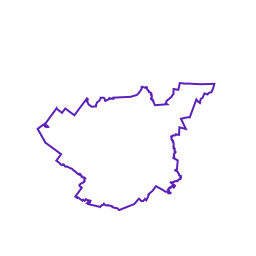 Aldama, Chihuahua, Mexico (Robinson projection), rotated 306°
{"feature_id": "50627088B67043530022751", "entity_name": "Aldama", "entity_type": "district", "adm_level": 2, "iso_a3": "MEX", "parent_name": "Mexico", "parent_adm1": "Chihuahua", "projection": "robinson", "projection_center": [-105.535, 29.114], "detail": "fine", "context": "isolated", "style": "outline", "palette": "violet", "viewbox_px": 256, "rotation_deg": 306, "n_neighbors": 0, "source": "geoboundaries", "source_scale": "gbopen_adm2", "svg_char_len": 5600}
<svg xmlns="http://www.w3.org/2000/svg" viewBox="0 0 256 256"><g transform="rotate(306 128 128)"><path d="M197.1,147.7L195.9,145.2L194.7,143.5L189.1,146.0L188.4,146.2L186.4,142.0L186.3,141.9L185.3,142.7L182.0,144.9L180.9,144.7L179.4,144.7L178.7,145.0L177.4,144.4L175.7,144.2L172.8,143.3L172.1,143.6L170.2,144.0L170.2,145.7L162.3,136.4L164.2,133.0L164.5,132.8L164.4,132.6L165.2,131.9L165.4,131.5L165.5,131.2L165.4,130.9L165.3,130.3L165.2,130.2L164.9,130.2L165.0,129.5L165.4,129.3L166.4,129.1L166.8,129.3L167.0,129.2L167.4,128.8L167.8,128.2L168.0,128.1L168.5,127.9L168.3,127.6L168.3,127.0L168.4,126.9L168.6,126.7L169.1,126.8L169.5,126.4L169.9,126.3L169.8,124.6L169.7,124.4L169.5,123.9L170.0,123.7L170.2,123.2L170.1,122.7L170.2,122.4L170.1,122.2L170.4,121.6L170.4,121.1L171.0,120.4L171.9,119.6L172.0,118.9L171.7,118.5L170.8,118.5L170.6,118.3L170.2,116.7L169.7,115.7L169.4,115.5L169.3,115.4L169.4,115.1L169.0,115.1L168.8,115.0L167.5,116.1L161.4,116.1L159.5,115.5L154.6,111.6L144.0,98.4L143.2,99.1L142.8,98.9L142.4,97.5L141.6,97.1L141.1,96.5L141.3,96.2L141.5,95.6L141.3,95.5L141.0,95.8L140.8,95.8L140.6,95.4L140.3,95.6L139.8,95.3L139.1,95.2L138.6,94.9L138.4,94.7L138.2,94.7L137.5,94.1L136.9,94.0L136.6,93.8L136.5,93.5L136.8,93.1L137.9,91.9L138.1,91.4L138.1,91.0L138.2,90.6L136.4,88.1L136.0,88.4L133.2,88.8L132.9,88.7L131.1,88.0L130.7,87.9L127.6,88.6L126.7,89.4L124.0,86.4L123.9,85.8L124.0,84.6L123.8,83.2L123.8,82.4L124.1,81.8L124.6,81.1L124.7,80.7L125.0,80.4L125.2,79.7L125.3,79.2L126.1,79.0L126.4,78.9L126.6,78.9L126.9,79.0L127.1,78.9L127.2,78.7L127.4,78.6L127.9,78.1L127.9,77.9L127.9,77.4L106.8,77.1L106.9,65.8L101.5,65.7L101.6,58.8L101.8,58.6L84.2,58.6L83.0,58.2L82.6,58.8L82.1,59.8L82.3,61.1L82.2,61.6L82.0,62.0L82.1,62.3L82.0,62.9L81.8,62.8L81.7,62.2L81.3,62.0L81.3,61.8L81.1,60.9L81.0,60.7L80.8,60.8L80.7,60.5L80.5,60.4L80.5,59.8L80.8,59.1L81.1,57.9L81.1,57.6L74.2,55.4L67.5,70.0L67.6,71.8L67.5,89.3L59.5,89.2L59.4,93.4L58.9,94.9L59.5,96.9L60.4,96.8L60.7,97.4L59.9,100.1L61.1,101.5L61.5,104.6L62.1,106.7L61.7,108.7L61.8,110.5L61.6,112.3L61.7,112.7L61.5,113.0L61.5,114.7L61.5,114.9L61.7,115.1L62.1,115.4L62.1,115.6L62.5,115.8L63.1,116.2L63.3,116.2L63.1,116.3L62.9,116.3L62.2,117.0L62.0,117.9L61.9,117.8L62.0,118.5L61.7,119.0L61.3,119.1L61.3,119.3L61.4,119.9L61.5,120.7L61.9,121.0L61.9,121.3L62.0,121.4L62.2,121.7L62.0,122.3L62.2,122.6L62.1,123.0L61.9,122.9L61.2,123.0L60.6,122.9L60.0,123.2L59.8,123.4L59.8,123.7L59.6,124.1L59.0,124.0L58.6,124.2L58.1,123.9L57.8,124.0L57.1,123.4L56.4,123.1L56.1,123.1L55.3,122.5L53.4,122.2L52.8,122.6L52.6,122.9L52.5,124.7L52.5,125.7L41.5,125.7L41.6,128.1L42.4,128.1L42.4,133.9L43.6,133.9L43.6,135.7L45.6,135.7L45.6,137.6L45.9,137.6L47.1,140.4L46.8,140.5L46.5,140.5L45.1,140.1L44.6,139.8L44.5,139.5L44.1,139.3L43.2,139.2L43.5,139.8L44.3,140.6L44.5,140.9L43.2,140.9L43.9,142.9L44.4,143.7L47.7,151.7L47.7,151.9L47.9,151.9L48.1,151.8L48.6,152.0L50.1,152.2L51.0,152.8L51.4,153.0L52.5,153.0L52.4,153.2L52.1,153.9L52.4,154.4L52.5,155.1L52.4,155.2L52.4,155.4L52.7,156.1L53.1,156.6L53.7,157.5L53.9,157.4L55.4,161.4L54.7,162.0L55.0,162.4L55.8,164.7L56.8,166.6L56.4,169.1L70.2,177.8L74.0,178.1L77.2,178.3L77.3,178.8L76.7,181.8L76.9,181.9L77.9,183.2L78.3,183.1L80.4,183.8L80.6,183.7L80.3,185.3L86.1,184.2L86.3,183.5L91.6,184.8L97.4,184.8L97.6,186.3L97.6,186.8L98.3,191.9L98.5,195.8L99.0,196.3L99.4,196.9L99.3,197.5L99.1,198.0L99.0,199.0L99.5,199.1L99.5,199.7L100.1,199.7L100.1,200.5L100.4,200.6L100.6,200.6L100.6,197.7L101.7,197.7L101.7,196.5L104.0,196.5L104.0,197.2L105.1,197.2L105.1,197.7L106.8,197.7L106.8,199.1L107.4,199.1L107.4,198.1L107.9,198.1L107.9,198.6L108.5,198.6L108.5,199.1L107.9,199.1L107.9,199.6L106.8,199.6L106.8,200.1L109.0,200.0L109.0,193.8L109.3,194.4L109.4,194.9L109.8,195.3L109.8,195.6L110.0,195.8L111.4,197.0L111.5,197.0L111.7,196.8L112.0,196.8L113.2,198.0L113.5,198.1L113.8,199.0L114.2,199.0L114.4,199.3L114.6,199.3L115.1,199.7L114.9,199.4L115.0,199.2L115.3,199.1L115.5,199.1L116.1,199.5L116.5,199.6L117.1,199.9L117.4,200.4L117.5,200.4L117.7,200.1L118.0,200.2L118.2,200.3L118.5,200.2L119.2,200.0L119.2,199.9L118.8,199.8L118.9,199.4L119.3,199.4L119.5,198.9L120.2,199.0L120.2,198.9L120.2,198.6L120.0,198.4L119.8,197.9L119.8,197.5L120.0,196.7L120.6,196.3L120.9,196.0L121.0,195.1L121.7,194.0L121.8,193.2L121.6,192.5L121.7,191.7L121.5,191.1L121.9,191.0L122.1,192.6L131.0,187.3L130.4,182.3L130.5,182.3L130.7,182.2L130.7,182.3L130.8,182.2L131.2,182.3L131.4,182.1L131.7,182.3L131.9,181.9L132.2,181.9L132.6,181.8L133.2,180.9L133.6,180.6L134.6,180.4L134.8,180.5L135.0,180.7L135.5,180.8L135.9,180.6L136.3,180.7L136.7,180.4L136.8,180.2L136.7,180.1L136.6,179.7L136.4,179.6L136.5,179.4L137.4,178.7L138.3,178.2L138.1,178.0L138.1,177.8L138.4,177.5L138.5,176.8L139.0,177.0L139.2,176.2L139.3,176.1L139.5,176.2L140.1,175.6L140.2,175.3L140.7,175.1L141.2,175.0L141.9,174.3L142.3,174.1L142.5,173.8L142.7,173.7L142.8,173.2L142.9,172.9L142.9,172.6L143.3,172.4L143.5,172.4L143.7,171.8L143.9,172.0L144.1,171.9L144.3,171.3L144.4,170.5L144.5,170.3L144.4,170.0L144.7,169.8L144.7,169.6L145.1,169.2L145.9,168.7L146.5,167.9L146.6,168.0L146.9,168.7L148.0,168.5L148.5,169.0L148.8,169.1L149.1,169.6L149.1,169.8L150.2,170.8L151.0,170.4L152.4,173.3L158.8,169.2L161.2,175.4L166.6,165.4L171.4,169.6L171.6,169.9L172.0,170.3L172.6,171.2L172.9,171.7L191.3,166.5L190.5,169.0L190.5,171.6L190.9,171.5L191.2,171.0L191.4,170.9L193.4,170.1L193.7,170.1L194.4,169.7L194.6,169.9L196.2,170.6L200.9,169.5L201.9,172.6L203.5,172.7L204.6,173.2L206.0,174.5L210.6,173.4L214.5,171.9L207.1,162.4L202.6,155.8L200.1,151.7L199.4,150.8L197.9,148.7L197.1,147.7Z" fill="none" stroke="#5b21b6" stroke-width="2"/></g></svg>